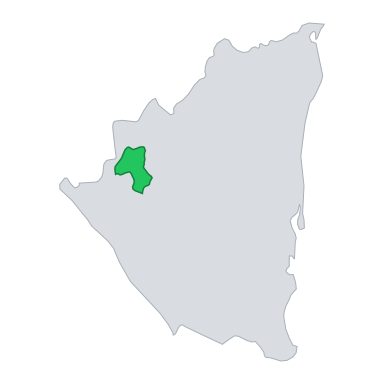 location of Estelí within Nicaragua
{"feature_id": "NIC-664", "entity_name": "Estelí", "entity_type": "Department", "adm_level": 1, "iso_a3": "NIC", "parent_name": "Nicaragua", "parent_adm1": "", "projection": "equal_earth", "projection_center": [-86.387, 13.143], "detail": "fine", "context": "in_parent", "style": "filled", "palette": "green", "viewbox_px": 384, "rotation_deg": 0, "n_neighbors": 0, "source": "natural_earth", "source_scale": "10m", "svg_char_len": 3097}
<svg xmlns="http://www.w3.org/2000/svg" viewBox="0 0 384 384"><path d="M324.2,24.2L322.6,27.1L320.8,29.0L317.1,38.4L315.8,39.3L315.6,32.3L313.3,31.4L310.7,33.9L309.3,37.4L311.6,42.1L313.6,42.2L316.0,43.4L322.7,75.7L321.3,81.4L317.3,90.4L313.5,98.0L309.7,102.8L305.0,123.1L300.8,156.2L304.0,185.9L302.6,213.4L304.0,219.9L304.4,228.0L301.2,229.5L299.4,229.2L297.6,224.3L297.7,219.9L299.6,214.8L300.4,207.8L299.5,204.2L297.6,212.1L294.3,215.6L292.2,216.9L290.1,220.9L292.3,228.4L295.2,233.9L296.2,237.9L295.2,242.6L294.5,258.7L293.5,258.3L292.5,256.1L289.4,255.9L289.1,262.4L289.3,266.0L286.8,268.8L285.9,271.6L288.0,273.6L290.3,274.8L293.2,274.5L295.6,282.5L296.3,289.0L290.9,295.0L289.0,300.0L285.9,306.0L284.2,311.9L283.7,316.1L285.9,329.6L289.7,339.1L292.9,345.2L297.1,346.5L296.1,352.9L293.0,356.9L287.2,360.3L280.8,361.0L270.4,357.8L266.1,357.4L264.4,355.7L263.9,352.5L260.9,347.8L255.4,341.5L252.3,342.0L247.1,340.6L238.6,336.3L234.6,335.8L228.9,339.5L222.4,344.3L206.4,336.8L195.3,331.5L185.2,326.7L182.5,324.9L180.3,325.3L178.4,327.8L176.3,332.2L175.6,333.5L174.4,334.7L173.1,335.0L173.0,332.9L168.1,324.2L160.3,313.6L130.4,281.4L119.4,262.1L113.5,248.2L107.9,241.0L91.8,226.2L88.1,220.4L72.1,200.6L59.9,189.1L59.8,184.2L64.8,178.0L67.2,178.3L69.9,182.7L74.2,187.7L76.3,187.7L79.3,185.4L79.3,183.1L95.7,182.1L98.6,180.9L101.6,177.2L103.1,172.2L103.4,167.3L104.0,163.8L106.6,160.4L111.4,159.4L115.1,159.0L116.2,156.7L115.1,149.3L113.1,131.3L112.7,126.3L113.4,122.5L114.9,121.2L122.1,120.3L135.8,121.8L138.4,120.6L143.9,110.4L149.0,102.9L152.7,99.5L155.5,98.5L158.8,105.2L170.4,114.8L172.4,114.2L173.5,113.6L173.9,112.3L173.7,107.9L176.6,103.9L182.5,100.3L188.6,93.9L194.6,84.8L199.8,79.5L204.3,77.9L206.0,75.4L204.9,72.0L205.3,67.3L207.0,61.1L209.6,57.5L213.0,56.5L214.3,54.6L213.6,51.7L214.2,48.4L217.3,43.2L224.6,38.7L228.8,40.2L232.3,46.2L237.2,50.4L243.5,52.5L248.4,51.7L251.9,47.9L255.1,46.8L257.9,48.3L259.4,47.4L259.5,44.3L261.0,43.5L263.7,45.2L266.2,45.7L268.3,44.9L269.1,43.3L269.5,41.7L271.1,40.5L276.6,41.7L282.7,39.9L289.5,35.0L294.1,32.8L296.3,33.4L299.0,31.0L302.0,25.5L309.1,23.0L324.2,24.2Z" fill="#d9dde1" stroke="#a8b0b8" stroke-width="1"/><path d="M152.1,177.8L149.9,181.7L149.5,183.8L149.4,184.2L149.1,184.6L148.6,185.1L147.9,185.4L146.4,185.9L145.7,186.2L144.4,187.1L143.9,187.7L143.7,188.1L142.8,190.6L142.4,193.5L135.2,190.7L133.3,189.4L132.7,188.0L132.7,187.3L132.7,186.4L134.0,183.4L134.2,180.9L133.7,179.0L133.4,178.3L132.8,177.2L131.3,173.8L130.2,172.4L129.8,172.1L129.1,171.9L125.8,172.8L121.9,174.5L120.7,174.8L120.0,174.9L118.9,174.2L117.9,173.8L117.2,173.7L116.6,173.8L115.6,174.3L114.9,169.6L115.1,167.2L115.3,166.5L115.3,166.4L115.9,165.6L120.9,159.1L122.0,157.1L122.5,155.7L124.9,150.1L127.2,147.5L128.8,147.1L129.4,147.4L130.3,147.9L132.8,149.5L135.2,149.0L139.8,147.1L143.0,146.8L144.1,147.3L144.4,147.8L144.9,149.6L145.4,150.6L144.9,151.8L144.6,153.0L144.4,154.4L144.4,156.0L144.9,159.4L144.1,162.7L144.2,163.7L144.1,165.0L143.4,166.5L143.7,167.6L144.2,168.5L148.6,174.3L151.2,176.3L152.1,177.8Z" fill="#22c55e" stroke="#15803d" stroke-width="1.5"/></svg>